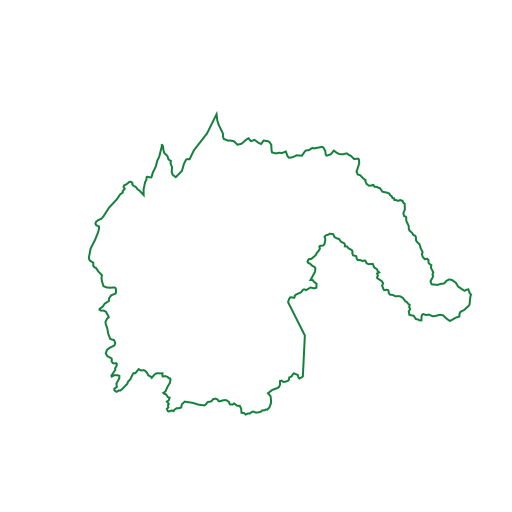 Tarma, Junín, Peru (Albers equal-area conic projection), rotated 67°
{"feature_id": "86281439B39213190692953", "entity_name": "Tarma", "entity_type": "district", "adm_level": 2, "iso_a3": "PER", "parent_name": "Peru", "parent_adm1": "Junín", "projection": "albers", "projection_center": [-75.639, -11.251], "detail": "fine", "context": "isolated", "style": "outline", "palette": "green", "viewbox_px": 512, "rotation_deg": 67, "n_neighbors": 0, "source": "geoboundaries", "source_scale": "gbopen_adm2", "svg_char_len": 6131}
<svg xmlns="http://www.w3.org/2000/svg" viewBox="0 0 512 512"><g transform="rotate(67 256 256)"><path d="M375.7,73.2L372.9,73.8L369.6,73.6L369.3,76.0L369.6,77.4L369.2,77.9L363.1,81.9L358.7,82.5L354.6,85.0L353.0,87.5L353.4,90.8L354.6,93.0L354.7,94.0L353.8,96.8L353.6,100.0L350.9,105.1L350.3,105.4L347.5,105.3L344.0,100.9L342.0,100.8L340.4,99.2L335.2,99.6L333.0,98.2L330.5,99.7L329.3,99.8L327.4,98.8L325.5,99.4L324.9,101.9L321.9,102.9L318.8,102.5L318.2,101.5L317.3,101.1L313.8,101.4L308.7,100.9L306.9,102.0L304.2,102.6L300.8,101.4L299.6,101.6L297.9,103.0L295.6,103.3L292.6,104.8L290.9,104.8L288.1,103.7L282.1,103.9L279.1,102.6L278.3,102.8L277.2,104.0L275.1,103.9L273.8,103.3L271.4,100.8L265.9,98.7L264.4,99.7L262.3,99.5L261.8,100.7L260.8,101.3L260.8,103.6L259.0,105.5L258.6,106.7L256.8,106.4L256.1,107.7L254.2,107.7L252.6,108.7L250.7,108.9L249.2,110.2L246.2,114.5L242.0,115.4L241.2,116.6L239.8,117.5L238.5,119.9L236.4,120.2L236.1,120.8L236.4,121.8L235.3,124.7L232.9,126.0L229.8,126.1L228.9,125.5L226.7,126.9L222.3,128.6L220.7,130.5L217.8,130.6L211.1,124.8L207.7,123.6L206.3,123.9L205.1,127.7L200.6,129.7L199.4,131.0L197.4,132.0L196.8,133.0L196.4,136.1L194.9,139.3L192.3,141.5L189.4,143.2L191.6,147.4L191.3,151.7L189.9,152.2L186.3,151.2L182.5,151.6L181.4,152.5L179.5,161.0L178.5,161.8L179.2,166.1L178.4,168.7L178.6,169.8L181.6,174.6L179.1,179.4L179.4,180.6L179.2,185.1L178.2,187.5L175.7,188.0L171.5,187.7L171.4,192.0L170.2,193.7L169.3,197.7L166.9,200.8L164.5,200.3L159.6,198.5L156.7,199.0L155.0,200.1L152.7,203.9L154.9,207.6L152.8,209.5L148.6,211.9L148.3,215.8L144.7,216.9L145.0,219.4L147.0,225.4L146.4,229.5L141.8,231.4L139.3,235.2L139.1,236.4L135.7,239.9L133.6,239.8L130.3,238.6L120.4,239.1L116.3,238.7L110.1,236.9L124.1,253.3L134.4,271.8L140.9,279.2L140.9,279.8L140.0,281.1L140.0,282.7L143.1,286.4L148.7,290.9L152.1,299.1L148.6,301.0L145.8,300.8L141.5,298.6L137.5,298.5L135.2,297.2L133.0,298.8L129.3,298.5L125.6,300.1L122.7,299.9L118.3,298.7L116.3,299.2L117.9,299.6L126.9,306.4L129.6,309.6L134.3,313.1L139.1,318.6L142.5,321.3L142.7,322.1L140.5,325.3L140.6,325.8L143.0,327.1L144.8,329.3L150.8,333.5L156.0,335.6L150.3,337.7L148.3,339.0L145.8,339.5L143.2,341.5L141.8,341.9L140.5,341.2L138.7,342.2L138.4,343.9L139.4,347.2L139.5,349.9L140.8,351.0L142.8,350.5L144.2,353.4L145.6,353.9L146.1,356.8L149.4,361.9L154.2,372.6L159.7,380.6L161.3,383.7L161.3,387.0L162.0,389.8L163.3,391.1L164.1,391.2L165.1,391.1L167.5,389.0L169.0,389.5L172.5,392.1L178.2,397.8L184.6,405.4L192.4,410.6L194.1,410.9L195.7,410.5L198.6,408.4L201.6,409.7L203.4,409.0L204.7,407.9L208.7,407.2L213.4,405.3L215.7,406.7L218.5,407.6L224.1,408.2L226.4,406.0L228.1,403.0L229.6,398.6L230.5,397.9L231.6,397.9L234.7,399.0L235.7,400.0L235.6,404.6L237.4,407.6L240.0,409.2L240.8,414.0L242.7,416.8L243.5,420.5L244.3,421.1L245.6,420.1L246.9,417.4L248.7,415.9L253.7,415.4L254.9,415.5L255.4,417.4L257.7,420.2L260.1,421.0L264.3,421.1L269.5,422.4L275.4,422.6L277.9,419.6L280.3,419.5L281.3,419.7L283.0,421.3L283.4,427.0L284.2,429.8L287.1,432.4L290.2,431.9L293.7,429.1L294.5,429.0L296.6,430.1L298.6,429.6L299.4,428.7L300.1,426.5L300.9,426.3L302.5,427.1L304.4,429.6L305.9,430.1L309.6,435.8L310.6,435.9L310.4,432.7L311.9,429.7L312.9,428.6L315.0,429.5L319.0,434.4L322.1,435.2L322.9,438.4L324.1,438.8L325.8,438.1L326.6,437.3L326.1,434.9L326.8,433.8L326.4,431.7L323.3,424.3L321.8,423.1L320.4,419.9L316.3,415.2L316.0,414.5L316.8,412.9L314.3,408.2L316.4,406.6L317.3,403.9L318.0,403.1L320.7,402.0L323.8,401.8L326.0,399.9L327.4,399.6L325.5,395.8L325.1,393.3L327.5,387.9L329.7,389.0L330.6,388.8L331.1,386.5L332.8,384.6L334.5,384.1L335.1,382.9L336.3,382.9L339.3,385.0L341.5,388.2L345.3,392.3L345.8,394.8L347.1,394.2L348.1,392.9L351.4,392.3L352.7,390.9L354.9,392.8L355.2,394.9L358.1,394.0L359.0,395.4L361.0,395.8L362.0,397.9L364.4,397.7L365.0,397.2L365.3,393.9L366.6,392.5L365.8,391.4L365.1,388.6L366.1,386.2L366.2,384.0L363.6,382.2L362.2,378.6L366.4,371.7L370.4,367.0L373.4,361.8L372.9,359.8L371.6,357.8L372.3,353.9L371.0,351.3L371.5,349.0L373.2,347.4L375.1,347.1L375.5,346.4L376.2,341.6L377.2,339.6L379.8,337.9L381.7,338.1L382.6,337.7L383.6,335.5L383.2,333.8L386.6,331.7L387.6,329.5L390.7,329.3L394.6,330.6L396.0,328.3L397.9,327.5L397.8,324.8L398.6,323.3L398.0,321.3L398.0,319.4L400.1,317.3L400.9,314.9L401.2,312.1L400.6,310.6L401.4,308.3L401.1,306.9L401.9,305.8L400.7,302.9L397.1,299.5L393.0,298.0L390.6,297.4L387.0,298.6L385.6,293.2L385.9,289.3L385.7,286.2L383.9,284.2L380.5,282.8L380.7,281.1L382.3,280.3L383.1,278.8L383.4,275.4L382.8,274.1L380.8,272.8L380.8,270.4L379.1,268.1L378.8,267.0L381.9,264.0L384.3,264.4L385.7,264.0L385.5,260.8L385.1,259.9L348.3,242.1L311.1,244.5L309.9,243.7L307.5,241.1L307.7,239.8L309.4,237.2L309.2,236.7L307.7,235.8L307.2,234.5L307.0,228.7L305.6,226.2L305.4,225.1L305.8,224.2L307.0,223.4L306.3,218.1L308.5,215.2L308.8,212.8L305.1,211.1L302.3,212.8L300.2,213.3L299.4,215.2L293.5,207.7L290.2,206.1L288.8,206.5L287.1,208.0L284.3,209.2L282.7,210.7L281.3,210.8L279.5,208.7L280.3,206.2L278.6,200.8L276.8,198.6L275.7,196.3L274.2,194.3L272.1,194.0L271.7,193.0L272.6,190.3L272.0,188.5L268.1,185.8L264.9,185.3L264.3,183.3L264.6,180.9L264.3,179.3L266.1,176.4L269.4,176.3L271.9,174.2L272.5,173.0L276.1,172.2L278.8,169.8L280.4,169.7L281.8,170.5L282.8,168.5L285.0,167.9L288.0,165.5L289.7,165.4L291.0,166.3L293.3,166.4L295.3,163.8L297.7,164.3L299.4,164.0L300.6,161.4L302.4,159.9L302.6,157.5L303.6,157.1L305.5,157.1L307.4,155.8L308.9,151.6L312.7,151.7L315.5,149.8L317.5,149.9L319.2,149.0L319.4,151.4L321.6,151.4L323.0,153.0L323.9,153.0L328.0,150.2L330.8,149.6L332.5,151.5L337.1,151.6L337.8,150.9L337.9,149.4L338.9,147.8L340.2,147.7L341.9,148.3L343.9,147.8L345.2,145.5L347.7,143.2L348.7,140.3L349.6,138.9L352.1,137.1L356.0,136.3L357.4,135.1L359.5,134.6L361.0,133.6L362.9,135.0L365.0,134.8L366.8,137.1L370.2,137.8L372.6,134.2L376.5,133.5L377.7,131.7L379.1,130.7L379.9,128.9L376.1,127.1L374.8,125.6L374.8,124.8L376.8,122.5L377.5,119.7L380.4,117.1L381.4,114.3L381.7,110.7L382.3,109.1L383.7,107.0L388.6,104.8L391.6,102.9L390.8,95.5L391.2,92.5L388.9,91.4L387.3,89.7L387.0,85.3L384.8,79.4L384.1,78.4L377.8,74.9L375.8,73.6L375.7,73.2Z" fill="none" stroke="#15803d" stroke-width="2"/></g></svg>